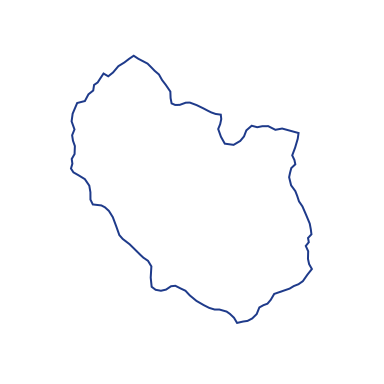 Barbosa, São Paulo, Brazil (Natural Earth projection), rotated 202°
{"feature_id": "56859067B46640188812314", "entity_name": "Barbosa", "entity_type": "district", "adm_level": 2, "iso_a3": "BRA", "parent_name": "Brazil", "parent_adm1": "São Paulo", "projection": "natural_earth1", "projection_center": [-49.922, -21.291], "detail": "fine", "context": "isolated", "style": "outline", "palette": "blue", "viewbox_px": 384, "rotation_deg": 202, "n_neighbors": 0, "source": "geoboundaries", "source_scale": "gbopen_adm2", "svg_char_len": 1759}
<svg xmlns="http://www.w3.org/2000/svg" viewBox="0 0 384 384"><g transform="rotate(202 192 192)"><path d="M297.1,296.5L300.2,291.9L303.2,286.8L307.4,281.1L310.0,273.2L313.0,267.9L318.4,268.7L319.6,262.9L320.5,258.2L322.9,254.6L321.6,249.1L324.6,243.8L325.4,236.2L331.8,231.5L332.0,219.9L330.1,212.4L324.4,206.0L324.4,199.7L321.6,195.0L317.8,190.7L315.1,183.2L315.9,177.6L313.5,173.4L313.0,168.4L309.3,165.8L303.4,165.0L296.2,163.8L289.6,159.4L286.1,153.7L283.3,146.9L279.3,143.3L271.0,145.6L267.0,145.2L261.9,143.3L256.0,139.0L249.4,131.8L243.2,124.8L238.6,122.5L230.3,120.2L216.4,114.4L212.5,112.9L207.0,111.7L201.8,107.8L198.2,97.1L193.9,89.0L189.1,87.7L183.8,88.8L179.5,91.8L176.1,96.8L172.3,98.8L166.4,98.3L161.1,98.0L155.3,95.3L147.1,92.7L138.6,91.5L132.7,91.0L127.0,91.5L122.5,93.3L115.1,94.1L111.2,93.2L105.9,91.1L101.2,87.5L96.0,91.1L92.2,93.3L88.8,97.3L86.3,103.0L86.3,110.2L83.3,113.9L80.2,116.7L78.6,121.5L77.6,128.3L65.3,139.0L62.4,142.9L58.7,146.4L55.8,150.9L54.0,158.7L52.0,165.5L56.4,169.0L59.4,173.4L62.1,180.6L66.3,184.6L64.9,189.2L67.2,192.8L65.4,197.5L67.8,201.8L71.0,206.8L77.2,213.1L84.2,220.0L89.3,223.4L93.1,227.9L96.5,231.5L102.6,235.3L107.5,242.1L108.3,246.6L108.9,251.4L106.6,256.4L109.0,260.0L112.8,263.5L113.0,271.7L113.9,280.9L115.3,286.6L132.2,284.6L138.0,280.9L146.0,281.6L151.5,279.3L155.8,276.5L161.5,275.8L164.7,269.5L164.6,263.0L166.4,257.4L171.1,251.3L179.7,249.1L185.9,254.1L191.3,260.2L191.3,265.5L192.2,270.6L194.3,274.5L199.4,273.2L204.0,273.0L207.9,273.3L212.8,273.8L220.2,274.3L227.5,274.1L231.2,272.5L236.0,268.2L240.2,266.4L244.1,266.5L247.0,271.0L249.7,277.0L256.6,281.6L261.7,284.6L266.7,288.6L272.1,290.4L275.9,292.1L281.3,294.4L291.6,295.4L297.1,296.5Z" fill="none" stroke="#1e3a8a" stroke-width="2"/></g></svg>